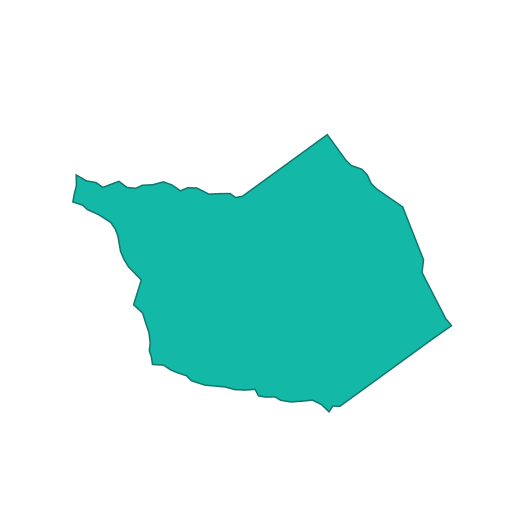 Nova Aliança do Ivaí, Paraná, Brazil, rotated 54°
{"feature_id": "56859067B91181868045334", "entity_name": "Nova Aliança do Ivaí", "entity_type": "district", "adm_level": 2, "iso_a3": "BRA", "parent_name": "Brazil", "parent_adm1": "Paraná", "projection": "mercator", "projection_center": [-52.628, -23.171], "detail": "fine", "context": "isolated", "style": "filled", "palette": "teal", "viewbox_px": 512, "rotation_deg": 54, "n_neighbors": 0, "source": "geoboundaries", "source_scale": "gbopen_adm2", "svg_char_len": 1125}
<svg xmlns="http://www.w3.org/2000/svg" viewBox="0 0 512 512"><g transform="rotate(54 256 256)"><path d="M84.7,353.8L93.6,360.0L98.1,365.5L104.6,372.4L113.0,366.4L119.4,365.1L129.9,359.1L143.4,353.8L151.6,354.0L158.9,356.1L172.7,362.9L181.3,364.8L190.0,365.5L208.0,362.9L223.5,383.7L235.6,381.3L245.6,384.7L255.0,387.6L264.0,392.6L269.8,397.9L276.4,400.1L282.9,403.5L289.9,395.0L298.2,391.9L304.4,388.1L312.2,382.5L318.9,381.6L325.0,377.2L330.7,373.0L335.1,367.9L343.7,358.1L351.7,351.6L358.0,343.7L363.4,335.1L370.6,336.2L375.6,331.4L381.1,323.5L387.3,320.8L394.5,313.7L400.8,303.6L405.6,295.2L414.5,290.4L425.0,288.5L422.5,282.0L426.9,276.5L426.9,175.3L426.9,160.6L427.3,138.8L418.0,139.3L366.9,131.4L357.6,122.7L302.6,108.5L272.2,119.1L265.0,120.2L255.7,118.3L248.0,119.4L238.7,125.8L231.7,127.0L208.9,127.0L199.7,127.0L199.7,231.8L196.8,238.1L190.2,240.3L184.8,247.9L178.3,257.7L166.1,264.0L160.6,271.2L158.9,278.8L149.2,282.2L141.6,287.3L137.7,297.6L131.9,306.5L130.6,313.4L124.7,320.1L115.0,323.0L112.6,331.7L110.5,339.6L102.6,342.2L95.6,349.0L84.7,353.8Z" fill="#14b8a6" stroke="#0f766e" stroke-width="1.5"/></g></svg>